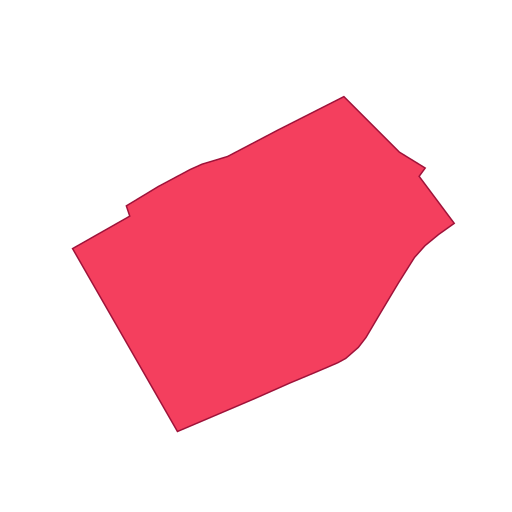 Arafat, Nouakchott, Mauritania, rotated 224°
{"feature_id": "47542326B30050302787661", "entity_name": "Arafat", "entity_type": "district", "adm_level": 2, "iso_a3": "MRT", "parent_name": "Mauritania", "parent_adm1": "Nouakchott", "projection": "mercator", "projection_center": [-15.959, 18.054], "detail": "fine", "context": "isolated", "style": "filled", "palette": "rose", "viewbox_px": 512, "rotation_deg": 224, "n_neighbors": 0, "source": "geoboundaries", "source_scale": "gbopen_adm2", "svg_char_len": 506}
<svg xmlns="http://www.w3.org/2000/svg" viewBox="0 0 512 512"><g transform="rotate(224 256 256)"><path d="M303.5,431.7L327.6,362.2L345.6,307.8L358.6,284.6L363.5,272.3L374.5,238.3L384.1,202.0L377.2,198.4L374.5,197.0L393.1,133.9L190.6,75.2L157.5,153.5L143.7,187.5L130.6,218.0L123.0,236.1L120.3,244.8L118.9,261.4L120.3,273.8L127.2,302.7L134.8,335.4L141.0,365.1L141.6,381.0L139.6,398.4L136.1,417.2L194.0,426.6L195.4,436.8L225.0,430.3L303.5,431.7Z" fill="#f43f5e" stroke="#9f1239" stroke-width="1.5"/></g></svg>